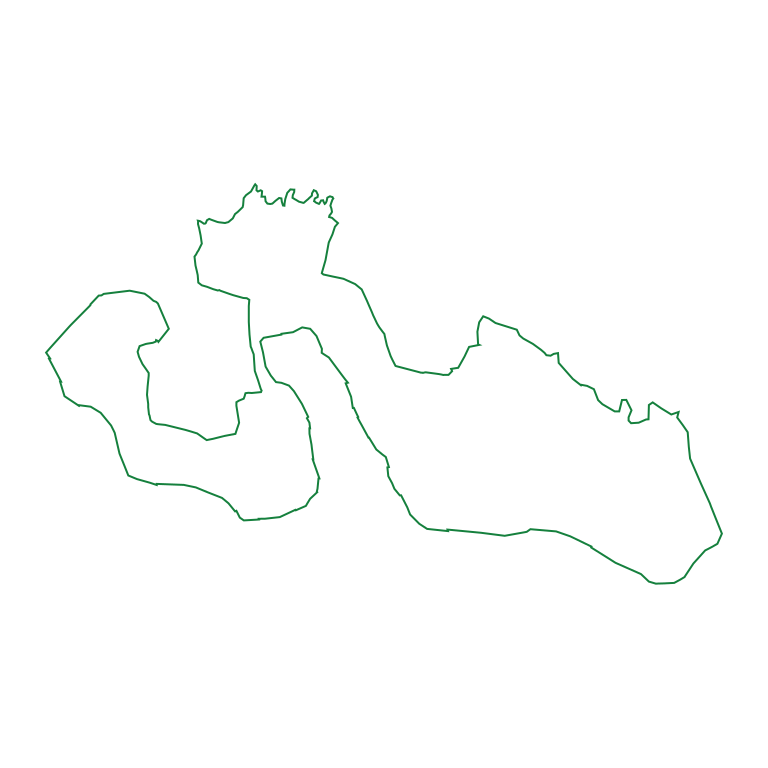 the district of Dowein, Bomi, Liberia, rotated 180°
{"feature_id": "62588387B7448810269647", "entity_name": "Dowein", "entity_type": "district", "adm_level": 2, "iso_a3": "LBR", "parent_name": "Liberia", "parent_adm1": "Bomi", "projection": "natural_earth1", "projection_center": [-10.878, 6.566], "detail": "fine", "context": "isolated", "style": "outline", "palette": "green", "viewbox_px": 768, "rotation_deg": 180, "n_neighbors": 0, "source": "geoboundaries", "source_scale": "gbopen_adm2", "svg_char_len": 5840}
<svg xmlns="http://www.w3.org/2000/svg" viewBox="0 0 768 768"><g transform="rotate(180 384 384)"><path d="M688.2,361.6L688.9,362.8L677.3,361.3L667.3,355.2L656.9,342.5L654.5,337.7L653.3,335.2L648.5,314.4L643.8,302.8L639.9,293.0L639.7,292.5L631.0,288.9L618.2,285.3L611.3,283.0L611.3,284.1L584.2,283.1L572.2,280.6L560.3,275.7L546.0,270.1L539.5,264.7L532.9,256.6L531.6,257.2L528.2,250.4L524.2,247.6L518.8,247.9L510.5,248.4L509.0,248.5L509.2,249.2L502.8,249.3L488.2,250.9L472.6,258.2L472.2,257.7L462.1,262.1L460.5,264.9L457.9,269.2L450.8,275.8L451.2,276.2L450.5,279.3L449.5,289.4L448.6,289.5L455.3,308.6L454.7,308.6L456.2,320.6L456.5,323.3L458.5,334.2L458.6,339.7L457.9,339.7L458.6,345.4L461.1,349.8L459.8,351.1L466.1,364.2L474.1,376.9L479.0,382.4L486.6,385.2L492.0,385.9L497.2,392.4L502.4,401.4L505.0,415.6L507.7,426.4L504.4,430.2L486.6,433.4L486.6,434.2L475.0,435.8L465.8,440.6L457.8,439.2L451.5,432.0L447.6,422.7L446.1,419.2L446.3,415.2L444.4,413.9L439.1,410.5L434.3,404.0L426.5,393.5L422.8,388.6L420.1,385.3L422.3,384.7L416.9,371.2L415.2,360.0L414.1,360.1L411.0,353.4L409.8,351.0L410.5,350.5L409.9,349.4L408.3,346.4L406.4,343.0L399.5,330.3L399.0,330.4L391.7,318.5L385.6,313.5L382.2,311.0L379.1,300.9L380.6,300.6L379.7,291.8L375.9,284.8L373.6,279.2L368.2,272.6L366.9,272.7L360.7,260.6L357.9,253.5L348.7,244.2L340.9,239.1L320.0,236.9L320.5,238.4L319.3,238.3L286.8,235.2L263.3,232.2L242.6,235.9L241.2,236.2L237.6,238.8L211.9,236.6L197.8,231.7L176.5,221.4L176.8,220.5L152.5,205.2L127.0,193.9L119.1,186.4L112.0,184.3L111.3,184.4L103.9,184.6L93.8,185.1L87.7,188.4L83.4,191.0L83.1,191.6L77.5,200.1L74.6,204.5L62.8,217.6L60.2,218.9L56.2,221.0L50.6,224.2L47.1,232.1L46.1,234.4L47.2,237.1L52.6,250.5L56.5,260.3L56.7,260.7L58.1,264.6L67.1,284.5L77.9,309.4L79.2,321.3L79.8,329.3L80.3,335.8L85.2,342.9L90.8,350.5L89.4,356.0L96.7,353.5L106.8,359.7L115.3,365.6L119.1,363.0L119.5,348.7L122.0,348.5L129.3,345.3L136.9,344.8L139.4,347.4L139.4,350.7L136.5,357.7L141.7,368.1L146.0,368.0L148.8,356.6L153.3,356.6L165.6,363.8L169.9,367.9L174.1,378.8L180.9,382.1L186.7,383.2L187.0,382.7L195.2,389.1L209.3,405.1L210.0,414.9L214.3,414.1L217.4,412.3L221.6,412.8L223.4,415.1L227.0,418.2L235.1,424.1L244.8,429.5L248.5,432.6L251.2,438.3L272.5,445.0L279.0,449.4L284.8,451.7L288.8,445.7L290.6,436.3L289.9,423.6L288.8,423.1L298.9,421.1L302.7,413.1L303.4,411.6L309.8,400.2L316.9,399.1L316.3,397.8L315.9,396.8L319.5,393.1L324.1,393.1L324.6,393.0L326.7,393.5L328.9,393.9L332.5,394.4L342.3,395.7L343.6,395.5L345.1,395.1L345.6,395.3L346.9,395.3L350.6,396.3L369.3,401.2L371.6,401.8L372.5,402.1L375.7,408.4L377.4,412.0L379.1,416.9L381.1,422.6L383.3,432.3L383.6,434.0L385.4,436.3L388.6,440.6L390.2,443.2L391.0,444.6L392.9,448.6L393.4,449.7L394.8,452.6L396.0,455.6L399.2,462.9L401.0,467.1L406.3,478.6L406.7,478.9L412.8,483.9L424.5,489.2L427.2,489.8L435.4,491.5L443.2,493.2L444.6,493.5L446.2,494.8L446.0,495.6L442.5,507.8L439.4,524.7L439.2,525.6L435.7,533.3L435.5,533.8L433.1,541.2L430.0,544.9L430.8,545.6L433.2,547.6L435.9,550.1L436.8,550.4L438.9,551.0L438.5,552.6L436.9,554.5L436.0,556.1L436.6,559.5L437.6,562.3L436.9,564.7L435.5,568.5L434.7,569.5L435.1,570.1L435.5,570.9L437.6,571.5L438.0,571.7L440.0,570.7L440.7,570.3L441.3,567.1L442.0,565.5L442.7,564.5L443.3,564.1L444.5,566.4L444.9,567.7L446.9,567.5L447.8,565.9L448.6,564.5L449.0,564.1L452.0,565.4L453.5,566.6L453.9,566.8L453.3,569.2L452.8,569.8L450.4,570.9L450.1,573.1L451.8,576.7L454.2,577.8L454.8,576.7L456.0,574.6L456.1,572.4L459.1,569.7L459.6,569.1L461.4,567.6L464.2,565.2L464.7,565.1L466.0,565.5L469.0,566.3L472.1,568.2L472.9,568.6L475.5,570.2L475.2,572.8L473.8,576.0L473.7,578.3L474.2,578.3L477.6,578.6L479.1,576.9L480.7,575.2L482.7,569.0L483.3,565.4L483.5,564.0L483.6,562.3L485.0,562.5L486.2,566.4L486.6,569.6L488.9,570.0L492.5,567.2L495.6,564.4L497.8,564.0L500.6,564.4L502.4,566.7L502.5,567.7L502.8,570.4L503.0,571.3L506.5,571.3L506.1,574.3L505.9,576.8L507.3,577.7L510.1,576.5L511.5,577.7L511.3,582.0L512.8,583.7L513.6,582.6L517.0,576.5L522.0,572.8L524.3,569.8L524.5,567.5L524.7,565.2L524.9,562.7L525.1,562.0L525.3,560.9L529.5,556.8L530.1,556.2L533.0,553.9L535.2,549.6L539.5,546.0L540.2,545.7L540.8,545.6L543.0,545.0L548.9,545.7L550.5,546.0L556.6,548.2L558.8,549.1L561.0,547.8L562.3,544.8L562.9,544.4L564.1,544.3L566.9,546.2L567.9,546.8L569.5,547.2L570.1,547.3L569.9,546.7L570.0,544.0L568.8,539.5L567.4,532.6L566.6,527.1L566.2,524.4L569.6,517.5L570.7,515.9L572.0,513.4L573.5,511.4L572.5,502.5L571.6,498.7L571.4,497.9L570.3,492.9L569.7,485.4L567.5,483.7L566.2,482.7L561.0,481.2L554.7,478.8L550.2,477.5L548.6,477.9L547.7,477.3L538.6,474.1L534.7,472.8L525.0,470.1L524.4,470.0L521.2,469.8L519.2,468.5L518.7,468.2L519.2,462.0L519.2,450.7L519.2,446.6L519.2,446.0L518.5,433.5L517.3,421.4L516.6,419.8L515.4,416.5L514.3,413.7L513.9,407.5L513.2,397.1L509.9,387.6L507.5,379.9L507.0,378.5L506.4,377.5L507.0,375.9L511.0,375.5L516.2,375.0L517.9,375.1L519.8,375.2L522.5,374.8L522.9,373.6L523.1,372.8L523.3,372.0L524.3,369.3L529.0,367.4L531.6,365.8L531.6,362.2L528.9,345.3L529.2,344.3L531.3,338.1L531.7,336.9L532.6,334.1L533.3,334.0L543.8,332.0L554.9,329.2L559.9,328.2L561.3,327.9L563.5,329.4L570.9,334.6L572.9,335.2L577.1,336.5L582.6,338.1L594.3,341.0L602.8,343.1L609.9,343.8L611.8,344.1L612.7,344.6L615.1,345.9L616.1,346.5L617.5,347.9L617.9,349.7L618.5,352.7L619.0,353.5L619.8,360.7L619.8,364.0L621.0,373.2L620.4,381.5L619.3,392.3L619.3,395.0L622.4,399.5L625.5,403.9L629.0,411.2L630.4,416.2L628.4,421.9L622.3,424.0L620.9,424.3L615.2,425.2L612.2,426.4L611.9,427.9L610.2,427.1L609.6,426.1L599.2,439.2L610.1,464.5L611.8,466.1L614.5,467.2L618.8,471.0L623.4,474.3L635.3,476.7L637.8,477.2L638.3,477.3L664.3,474.1L666.5,472.6L669.3,472.4L677.6,463.6L677.6,462.8L697.1,443.1L698.6,441.5L718.0,419.9L721.9,415.4L717.9,409.5L719.0,409.3L706.9,386.3L707.9,386.3L703.5,371.8L688.2,361.6Z" fill="none" stroke="#15803d" stroke-width="2"/></g></svg>